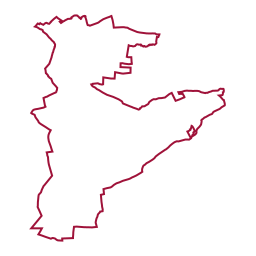 the district of Carastelec, Salaj, Romania
{"feature_id": "2599482B43176721929294", "entity_name": "Carastelec", "entity_type": "district", "adm_level": 2, "iso_a3": "ROU", "parent_name": "Romania", "parent_adm1": "Salaj", "projection": "natural_earth1", "projection_center": [22.689, 47.305], "detail": "fine", "context": "isolated", "style": "outline", "palette": "rose", "viewbox_px": 256, "rotation_deg": 0, "n_neighbors": 0, "source": "geoboundaries", "source_scale": "gbopen_adm2", "svg_char_len": 5561}
<svg xmlns="http://www.w3.org/2000/svg" viewBox="0 0 256 256"><path d="M73.0,238.1L73.0,237.1L73.2,234.8L73.3,232.2L74.0,226.8L76.7,226.6L84.2,227.2L89.4,227.3L92.0,227.4L96.8,226.9L96.0,223.9L95.7,222.9L95.7,222.1L96.2,219.7L96.6,218.2L97.1,217.3L97.4,216.6L97.8,214.8L98.3,213.9L99.5,212.7L100.2,211.8L100.2,211.6L102.6,211.2L102.7,209.3L102.1,206.7L102.0,205.3L101.5,201.9L100.9,194.8L104.0,194.1L103.5,189.1L106.7,188.2L110.6,187.4L111.8,186.7L113.9,184.9L116.5,183.3L119.5,182.3L122.9,180.8L128.7,179.1L130.4,178.4L131.9,177.5L134.2,176.5L136.3,175.5L140.7,172.9L142.3,171.8L142.1,171.0L142.1,169.3L142.3,168.4L142.8,167.0L143.2,166.1L143.6,165.5L144.8,164.8L146.5,163.2L149.0,161.9L152.6,159.6L154.4,158.2L155.6,156.6L156.3,156.0L158.9,154.0L165.1,149.8L166.1,149.3L168.4,147.4L170.2,145.5L172.4,143.7L174.5,142.2L176.7,141.3L178.6,141.4L185.5,139.5L186.5,139.5L189.1,139.6L191.1,138.2L191.3,137.8L191.0,137.0L190.5,137.4L190.0,136.6L187.4,131.5L188.7,131.0L190.3,129.9L190.1,129.4L190.4,129.3L190.8,128.9L191.0,128.3L191.6,125.9L192.2,126.2L193.0,127.3L194.7,130.6L194.7,131.0L194.6,131.4L194.2,131.5L194.0,132.1L193.5,132.3L193.3,132.7L193.5,133.3L193.6,134.0L193.1,134.5L192.5,135.0L192.6,135.6L192.2,135.8L191.9,136.3L192.0,136.5L195.1,134.6L195.8,133.9L196.4,133.0L196.5,132.3L196.4,131.4L196.5,130.6L196.8,129.8L197.2,129.0L199.4,126.8L200.7,125.1L201.1,124.4L201.6,121.7L201.6,120.8L201.3,120.4L201.4,120.1L202.0,119.5L203.1,118.8L204.5,117.5L205.5,117.2L209.7,114.8L211.7,114.1L212.2,113.8L213.1,112.3L213.8,111.7L214.5,111.3L219.5,109.0L220.1,108.6L221.5,107.3L224.7,105.4L224.8,105.1L224.8,104.2L224.7,103.3L223.8,100.0L223.2,99.9L222.9,99.6L220.4,96.7L219.0,95.5L222.4,95.1L222.7,94.7L223.0,92.8L222.9,92.3L223.6,92.0L223.7,91.7L223.8,90.6L223.6,89.1L223.4,88.9L221.9,88.9L220.4,88.7L219.5,89.1L218.4,90.3L217.7,90.6L212.5,90.8L211.3,91.4L208.3,92.3L207.7,92.8L205.9,92.8L205.3,93.1L201.5,92.3L200.6,92.0L199.7,91.4L198.9,91.1L197.4,90.9L194.2,90.9L193.1,91.0L191.0,90.8L188.5,90.8L187.0,90.6L184.6,90.9L181.9,91.8L178.4,92.2L179.2,94.0L181.6,93.7L181.8,93.9L182.6,93.7L183.9,95.9L184.5,97.2L184.3,97.4L183.1,97.8L179.8,99.3L175.6,100.8L171.7,92.9L169.3,94.1L166.9,96.0L165.0,97.5L161.4,98.1L158.7,98.2L155.8,99.3L153.6,99.2L152.1,99.9L149.9,101.5L149.2,102.1L148.3,103.9L147.5,104.5L146.6,104.9L144.8,106.1L144.2,106.3L142.2,106.3L141.2,107.6L139.9,108.3L139.8,109.0L139.7,109.2L138.6,109.6L136.4,108.7L133.1,107.6L131.8,107.0L130.4,106.5L123.0,103.5L122.7,103.1L122.1,101.6L121.5,101.1L118.6,99.3L116.1,98.2L113.2,96.9L107.0,94.8L102.7,92.5L98.8,90.0L97.0,89.2L95.2,87.6L92.8,86.4L91.8,85.4L91.3,84.4L92.7,84.1L92.8,83.8L97.8,83.3L98.9,83.7L99.3,84.1L100.1,84.2L101.6,84.5L102.3,84.5L102.6,84.2L103.1,84.2L103.3,77.4L110.8,78.5L114.6,78.6L115.1,72.2L121.9,73.5L123.2,73.6L130.5,72.8L130.6,67.6L120.5,67.1L120.6,63.3L122.4,63.2L124.6,63.7L128.8,64.2L131.8,63.9L131.8,63.5L131.7,63.5L131.3,57.2L128.2,57.2L126.8,56.8L128.7,45.3L130.1,45.9L131.9,46.0L132.6,46.3L133.4,46.4L135.1,46.0L136.4,44.6L137.1,44.3L137.6,44.3L138.5,44.6L139.9,44.7L140.8,44.5L141.0,44.7L141.0,45.1L141.1,45.6L141.7,45.6L142.1,45.8L142.5,45.8L142.9,46.3L143.4,46.5L143.7,46.5L144.2,46.0L144.4,46.0L145.4,46.7L146.4,46.6L147.6,46.2L148.8,45.0L149.6,44.6L149.8,44.6L150.0,45.1L151.0,44.6L151.4,44.8L152.0,44.5L152.2,44.8L153.2,44.4L154.6,44.8L156.3,43.4L156.4,42.5L156.2,41.5L156.9,37.0L157.7,37.2L158.3,37.1L158.5,36.8L158.8,35.6L159.3,34.9L159.4,34.4L156.5,34.4L155.2,33.5L152.3,33.4L150.8,33.5L146.8,33.4L139.7,32.5L137.2,32.0L129.3,28.8L127.5,27.7L125.4,27.5L124.0,27.2L122.1,27.2L113.8,27.6L113.4,24.3L112.6,20.1L111.4,16.0L110.5,16.3L109.9,16.7L107.0,17.7L103.3,19.2L99.7,21.5L99.2,22.0L97.9,22.8L89.9,25.7L89.1,25.3L87.7,25.1L87.5,24.7L86.7,21.9L86.4,20.4L85.4,17.2L84.8,16.6L84.8,16.4L85.3,16.3L85.4,16.2L85.2,16.0L84.4,15.9L83.2,16.2L81.2,17.5L80.8,17.7L81.3,18.3L81.2,18.7L80.8,18.9L80.5,18.5L79.4,17.8L78.7,16.8L77.6,16.0L77.5,15.7L76.8,15.4L75.7,15.5L75.2,15.4L74.1,15.6L71.3,17.5L71.2,17.8L71.5,18.2L71.5,18.4L71.2,18.6L69.0,18.9L67.9,18.9L65.0,20.4L64.2,21.0L63.6,21.2L61.0,23.0L59.8,21.7L61.7,20.7L57.9,18.2L56.5,16.9L54.2,18.7L50.8,21.8L50.9,22.0L49.2,23.8L48.0,23.6L47.2,23.1L46.2,22.8L45.1,23.3L43.3,24.8L40.7,23.6L40.2,23.2L39.3,24.2L37.8,23.5L37.3,24.0L35.7,26.0L35.0,26.6L37.3,27.3L39.8,29.0L40.9,29.4L41.4,29.4L42.7,30.2L43.0,31.6L44.4,32.7L46.6,34.3L49.1,37.5L50.6,38.8L51.7,40.2L54.1,42.4L54.3,43.2L54.8,43.8L55.1,44.6L54.9,46.8L54.5,47.0L54.4,48.1L53.7,49.7L53.0,52.4L52.6,52.9L52.5,53.6L51.7,56.5L51.6,57.2L49.3,63.8L45.1,68.6L45.5,70.0L45.9,73.2L46.4,73.4L46.7,73.8L46.8,74.2L47.5,74.7L48.2,75.8L48.2,76.4L49.0,77.0L49.5,77.7L51.2,78.8L52.7,82.8L56.3,86.7L56.5,87.1L57.2,87.8L56.9,90.0L56.5,90.9L56.3,91.9L55.6,92.6L54.8,92.8L49.0,95.5L47.0,96.7L46.0,96.9L43.5,98.0L44.9,105.3L45.5,106.7L43.6,107.6L38.3,108.8L35.3,109.3L33.9,109.7L33.1,110.2L32.7,110.6L31.2,113.0L31.9,113.6L34.6,114.8L35.5,117.3L38.2,121.0L38.6,122.1L39.4,123.0L40.9,124.1L45.7,127.1L49.3,129.5L50.7,130.2L49.1,133.3L48.5,135.0L48.3,136.6L48.3,137.9L48.8,141.1L50.7,146.3L51.6,149.3L52.4,151.6L46.7,152.4L46.8,152.8L47.1,153.6L47.3,155.4L48.0,157.1L48.2,160.0L48.5,162.5L48.9,164.6L52.1,175.7L44.3,185.3L43.6,186.0L41.8,189.8L41.0,192.3L38.8,194.7L38.5,196.0L38.2,199.2L37.9,201.9L37.8,206.3L37.6,206.9L39.6,211.2L41.6,215.8L31.3,228.3L41.9,228.3L40.5,230.9L38.4,234.4L41.5,235.4L45.6,236.9L50.9,238.7L52.4,238.0L53.5,238.1L54.9,238.5L55.3,238.7L55.7,239.1L56.6,239.8L57.2,240.1L58.0,240.4L62.3,240.6L62.2,238.5L73.0,238.1Z" fill="none" stroke="#9f1239" stroke-width="2"/></svg>